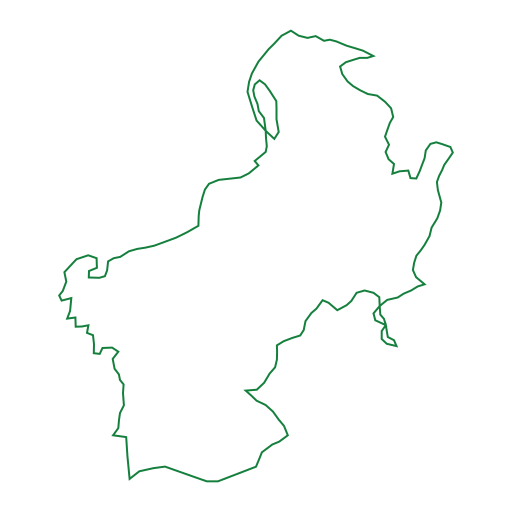 the district of Porto Rico do Maranhão, Maranhão, Brazil
{"feature_id": "56859067B69390320621521", "entity_name": "Porto Rico do Maranhão", "entity_type": "district", "adm_level": 2, "iso_a3": "BRA", "parent_name": "Brazil", "parent_adm1": "Maranhão", "projection": "mercator", "projection_center": [-44.622, -1.877], "detail": "fine", "context": "isolated", "style": "outline", "palette": "green", "viewbox_px": 512, "rotation_deg": 0, "n_neighbors": 0, "source": "geoboundaries", "source_scale": "gbopen_adm2", "svg_char_len": 2745}
<svg xmlns="http://www.w3.org/2000/svg" viewBox="0 0 512 512"><path d="M379.7,306.0L387.2,299.9L397.7,297.5L403.6,293.7L411.1,290.5L417.6,286.5L424.6,284.3L416.1,277.2L412.9,270.0L414.2,262.6L416.4,255.7L420.8,250.3L424.6,244.8L429.5,236.1L431.6,227.6L437.3,218.3L440.1,210.5L441.3,202.5L437.9,190.2L436.9,182.1L439.1,175.9L442.1,170.1L444.3,164.8L448.7,158.6L452.8,152.6L450.4,147.0L442.1,144.1L436.3,142.3L430.4,143.9L425.8,150.4L424.6,158.2L422.0,165.0L419.8,170.9L416.3,178.5L410.5,178.1L408.3,170.6L399.6,171.3L392.4,173.7L394.0,164.0L388.6,159.2L385.6,152.0L389.0,144.7L385.0,136.7L387.4,129.8L389.8,123.0L393.2,117.0L391.1,108.3L385.2,101.9L377.1,95.6L367.8,94.0L360.0,90.2L353.2,86.2L347.6,81.5L342.3,74.1L340.1,66.5L345.9,62.2L352.8,60.0L359.6,57.9L367.2,57.9L373.3,56.0L362.8,50.6L355.0,48.2L346.6,45.7L336.3,41.4L329.8,39.7L324.0,40.8L315.7,36.1L307.5,37.9L298.7,35.7L290.9,30.7L281.6,35.7L274.1,43.8L268.7,49.1L264.7,54.0L258.4,61.7L251.9,73.5L249.1,81.8L247.5,91.8L252.2,107.1L256.6,120.6L260.4,124.8L265.7,130.8L266.0,137.9L266.8,146.3L265.7,151.9L254.7,161.0L258.4,165.4L248.8,173.4L240.5,177.5L218.6,179.9L209.0,183.8L204.9,189.6L202.5,197.2L199.3,210.2L198.7,215.9L198.4,225.8L186.8,232.4L176.0,237.7L154.2,245.7L145.1,247.7L137.3,248.9L128.9,251.3L120.2,256.9L113.7,258.2L108.1,261.4L107.1,270.4L104.9,276.2L99.3,277.8L88.8,277.5L89.0,271.0L96.9,267.8L96.6,258.2L88.2,255.3L76.5,259.2L70.3,265.8L64.4,272.2L66.3,281.6L62.8,290.9L59.2,295.5L61.6,300.6L71.3,298.1L70.1,310.8L67.2,318.6L75.4,317.5L75.7,326.7L81.9,326.5L88.4,325.3L87.0,332.9L93.0,335.2L94.0,344.2L93.8,353.2L99.7,353.9L102.5,348.0L112.1,347.6L118.3,351.7L112.7,358.9L114.6,368.8L118.9,374.4L120.0,380.0L123.6,384.4L123.0,393.1L123.9,405.3L120.0,413.0L119.0,420.0L118.3,428.1L113.1,435.3L126.2,437.1L127.4,455.8L129.6,478.9L139.3,471.3L153.2,468.2L165.0,466.6L192.4,476.3L206.7,481.3L218.0,481.3L256.0,466.7L259.0,459.5L261.9,452.3L272.3,444.5L279.1,441.7L287.8,435.3L284.0,425.9L278.7,419.6L272.9,411.5L265.6,405.0L256.6,400.7L251.0,395.3L245.7,390.6L256.8,389.7L264.1,382.8L269.7,373.5L275.1,367.3L276.9,359.7L277.1,352.0L276.9,345.4L283.7,341.2L292.4,337.9L300.2,335.5L303.7,330.1L305.5,321.1L311.3,313.1L316.4,308.7L322.6,300.2L328.6,302.8L337.3,310.2L346.6,305.2L351.3,301.0L356.6,292.8L364.6,290.5L373.5,292.8L379.3,297.2L379.7,306.0ZM265.7,130.8L264.0,118.0L258.8,111.1L257.5,104.0L254.4,96.5L253.2,90.2L254.8,84.4L259.6,80.3L265.0,84.3L269.7,90.8L276.3,101.1L276.5,107.7L276.5,119.2L278.7,132.0L274.3,138.9L265.7,130.8ZM385.8,325.1L381.7,331.1L381.7,339.0L386.8,343.8L396.5,346.1L394.0,340.2L387.8,337.0L385.8,325.1ZM385.8,325.1L384.0,318.9L380.3,314.6L379.7,306.0L373.5,313.4L375.3,320.3L385.8,325.1Z" fill="none" stroke="#15803d" stroke-width="2"/></svg>